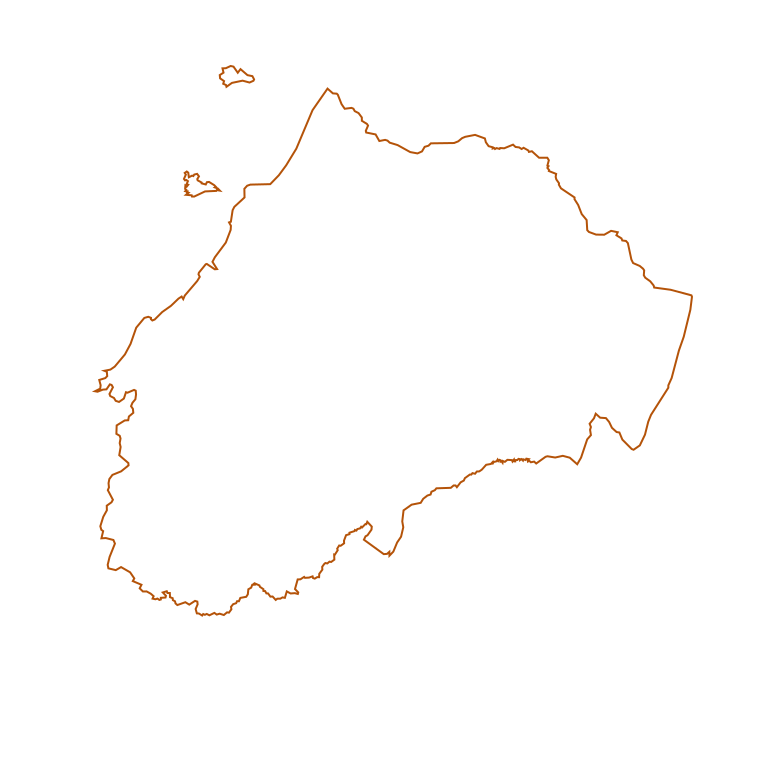 Mkuranga, Pwani, United Republic of Tanzania, rotated 195°
{"feature_id": "72390352B89793068246762", "entity_name": "Mkuranga", "entity_type": "district", "adm_level": 2, "iso_a3": "TZA", "parent_name": "United Republic of Tanzania", "parent_adm1": "Pwani", "projection": "mercator", "projection_center": [39.178, -7.246], "detail": "fine", "context": "isolated", "style": "outline", "palette": "amber", "viewbox_px": 768, "rotation_deg": 195, "n_neighbors": 0, "source": "geoboundaries", "source_scale": "gbopen_adm2", "svg_char_len": 6156}
<svg xmlns="http://www.w3.org/2000/svg" viewBox="0 0 768 768"><g transform="rotate(195 384 384)"><path d="M334.3,219.6L331.6,224.5L330.3,234.3L328.0,240.9L328.3,250.6L330.8,256.0L332.4,267.0L326.1,274.6L317.8,278.7L316.4,283.3L313.2,287.5L310.4,289.3L310.3,292.2L307.4,294.6L306.4,296.8L292.6,301.0L290.5,304.0L288.6,304.5L286.9,303.2L284.5,308.9L281.9,311.4L281.5,314.0L277.6,318.8L276.2,319.1L275.5,320.8L272.8,320.9L271.7,323.5L269.4,324.2L267.4,326.5L264.4,332.4L260.1,334.4L259.0,336.4L258.6,334.5L257.9,337.0L255.2,338.5L254.7,340.4L253.6,339.2L252.9,340.6L251.7,340.5L251.3,339.2L250.6,339.8L249.1,338.6L249.3,340.4L247.1,340.1L245.2,342.7L240.7,343.6L239.8,342.4L238.9,344.7L238.0,343.0L237.2,343.2L237.5,344.5L235.5,345.1L234.7,346.5L233.2,346.6L232.9,345.7L231.9,347.0L230.0,346.0L230.0,347.3L227.7,347.2L227.2,348.7L224.7,348.9L225.5,347.5L224.9,346.4L224.0,347.5L221.9,346.4L218.9,347.9L216.4,346.6L209.1,355.5L207.4,356.5L199.6,357.3L192.7,360.9L185.5,360.9L176.6,356.5L174.6,363.9L173.4,383.1L170.9,388.2L173.1,393.1L173.0,396.0L175.1,398.8L172.3,405.2L171.8,410.1L166.5,407.4L160.8,408.5L156.7,405.6L152.5,400.7L146.9,397.8L144.1,398.1L139.4,392.0L127.9,385.3L125.9,385.1L121.0,390.9L118.8,402.6L119.0,416.0L118.1,423.3L108.4,454.0L109.0,456.3L107.7,464.2L107.8,492.7L106.7,507.2L107.3,535.0L109.1,548.0L110.0,549.2L131.6,549.2L148.0,547.1L149.0,548.9L153.4,552.1L159.2,554.3L161.2,556.3L162.1,561.1L163.6,562.4L167.5,564.2L174.7,565.3L177.3,568.3L184.9,583.2L187.3,584.8L191.0,584.3L192.3,586.1L198.0,587.8L197.5,591.1L204.3,590.7L209.9,585.2L217.8,583.2L225.4,583.9L227.5,585.2L230.7,594.8L237.0,599.3L242.8,607.2L247.8,611.8L248.2,613.5L263.7,618.8L266.7,621.8L266.9,623.2L270.5,626.2L271.8,628.5L272.1,631.5L279.9,632.4L279.9,633.4L282.1,635.0L281.5,637.0L282.7,637.2L282.7,642.8L284.8,644.8L292.8,642.7L301.4,647.1L304.1,645.7L305.0,646.9L310.3,648.3L311.9,646.6L314.7,647.5L318.3,647.0L321.3,648.6L328.9,642.8L332.9,642.0L333.2,641.0L336.3,641.0L338.2,639.1L337.7,640.2L338.6,640.5L340.0,639.6L340.2,640.8L344.5,640.8L348.2,643.9L350.1,647.3L360.5,648.2L369.5,643.8L372.2,641.7L375.1,637.6L378.7,634.9L401.0,628.6L402.7,625.7L406.1,623.6L407.5,618.5L411.3,615.4L418.7,614.8L432.7,618.3L441.0,618.6L443.6,620.0L446.1,620.1L451.4,617.5L456.7,622.9L466.3,622.3L467.1,623.8L466.3,629.5L467.8,630.8L473.5,632.5L474.4,635.7L478.7,639.1L482.9,640.0L484.8,642.0L486.8,642.3L493.2,639.7L497.4,643.3L503.5,651.5L504.8,652.2L508.6,651.5L515.0,654.7L523.9,630.0L529.6,588.6L535.1,569.9L539.6,558.4L545.6,547.6L564.7,542.0L567.5,540.1L569.4,536.4L567.0,528.1L574.4,516.4L575.2,512.7L573.9,501.1L575.5,500.0L572.8,497.2L572.0,493.2L573.4,479.7L580.2,462.6L581.3,457.6L575.0,451.8L577.2,451.0L586.2,454.1L587.2,453.5L591.6,443.6L591.6,442.0L589.7,439.8L591.1,435.1L599.3,417.9L599.9,414.0L602.1,416.1L604.6,413.3L610.0,404.4L616.8,396.2L622.2,386.9L624.2,385.4L625.9,386.3L626.2,387.6L629.1,387.9L632.6,385.8L637.9,374.3L639.2,357.1L641.9,345.5L648.6,331.1L652.0,327.1L657.5,324.4L654.9,324.1L653.4,320.0L654.7,317.6L660.1,314.2L657.4,309.5L656.9,306.1L661.3,302.2L658.7,302.4L654.1,305.8L650.7,307.0L648.7,312.7L646.9,312.6L645.0,310.7L646.6,303.3L645.3,301.5L641.2,300.6L638.8,298.3L635.3,298.1L631.5,302.6L631.1,309.3L629.5,309.2L623.9,313.6L622.1,313.3L620.8,309.7L620.2,304.9L622.1,300.8L622.6,297.1L620.1,295.0L618.7,291.3L622.0,286.6L621.7,282.8L625.0,281.7L631.5,274.8L629.6,266.6L625.9,265.6L624.4,263.2L624.0,258.5L622.1,255.0L621.3,246.7L610.5,241.5L609.7,239.3L615.3,231.6L622.8,225.9L624.7,221.1L624.4,216.9L622.9,212.9L623.3,210.0L615.9,202.0L616.6,199.2L620.3,194.7L619.0,190.3L620.8,183.1L621.2,173.2L619.3,170.0L617.2,169.2L617.0,161.8L612.8,163.2L605.0,163.3L602.6,160.2L604.3,145.9L604.1,137.8L602.5,134.6L594.9,134.8L590.6,139.1L580.5,136.4L574.9,131.6L575.6,128.6L566.3,127.3L567.1,123.4L563.2,121.2L559.6,122.2L555.1,121.1L551.6,119.4L552.0,116.8L549.1,116.9L547.3,118.1L545.1,117.3L543.8,118.1L544.2,119.7L539.8,121.2L539.8,123.0L543.7,125.4L540.2,127.6L539.1,126.1L536.8,126.7L535.5,122.7L532.7,122.4L532.0,120.6L529.6,120.0L528.6,118.1L526.4,117.0L519.4,121.8L515.0,120.5L510.4,125.6L508.0,125.5L507.0,123.0L507.7,117.9L505.4,114.0L503.4,114.4L499.7,113.3L499.1,115.0L497.3,114.7L495.7,116.0L492.8,115.4L488.6,119.0L485.9,118.0L483.3,119.6L478.9,119.4L476.5,122.8L474.6,123.0L473.1,126.9L474.1,129.1L472.7,132.3L470.1,134.0L469.7,136.2L467.9,136.6L467.4,140.2L462.0,142.8L461.1,145.6L461.9,150.6L459.6,152.9L459.3,155.9L457.3,156.6L458.1,157.2L457.5,158.0L452.2,157.2L451.4,156.0L447.4,154.6L446.9,152.9L445.2,153.2L443.4,151.3L441.8,151.7L438.7,149.2L436.6,149.9L432.7,147.4L431.5,149.0L428.6,149.8L426.8,151.6L424.4,151.8L424.2,158.5L420.0,157.5L416.0,158.9L412.9,158.9L412.9,160.5L416.9,162.9L416.8,172.9L414.2,173.7L411.2,177.0L410.2,176.3L406.3,177.6L403.2,179.7L402.3,178.2L400.5,178.1L398.5,180.2L396.7,180.6L397.4,183.9L395.5,188.7L396.4,191.4L395.2,194.6L394.3,195.9L392.3,196.0L390.7,198.3L389.0,198.4L386.5,201.5L388.0,206.4L387.3,206.4L385.7,211.5L386.6,212.8L385.5,216.4L384.0,216.5L381.3,219.8L382.1,222.3L381.5,228.2L378.5,230.0L378.9,231.4L374.4,234.3L374.3,235.5L372.7,235.3L372.2,237.0L369.8,238.3L369.1,240.2L368.1,239.7L365.7,243.9L364.8,244.0L364.5,246.6L358.9,243.1L358.4,240.1L360.8,233.6L362.4,232.1L363.1,228.4L340.2,219.6L337.1,220.7L335.4,223.3L334.3,219.6ZM624.2,515.5L618.6,516.5L618.0,515.4L615.9,515.9L606.7,523.7L596.0,527.1L595.7,528.0L592.6,528.3L595.1,529.8L598.2,530.1L597.4,530.9L599.4,532.1L605.3,533.9L607.3,533.1L607.8,530.6L612.1,530.6L612.3,531.4L616.7,532.5L617.4,533.6L616.5,536.7L618.9,538.6L621.5,537.2L622.0,535.5L623.3,535.6L626.0,533.2L627.8,537.5L629.5,538.2L631.1,536.3L629.6,535.0L630.3,530.3L628.9,529.2L627.7,529.9L625.9,529.2L626.4,526.0L624.7,525.8L625.7,523.5L627.2,524.2L626.6,521.0L625.2,520.3L625.8,518.9L623.7,519.2L623.9,518.1L622.3,518.1L624.2,515.5ZM614.0,631.9L613.1,630.3L608.8,635.5L599.1,640.4L591.9,640.4L588.6,643.1L588.3,644.6L590.8,647.3L595.8,647.0L604.1,651.0L605.8,646.8L611.5,651.6L614.4,651.5L618.5,648.1L621.7,647.1L619.6,643.2L622.6,639.9L621.4,636.8L616.9,635.2L617.0,632.4L614.0,631.9Z" fill="none" stroke="#b45309" stroke-width="2"/></g></svg>